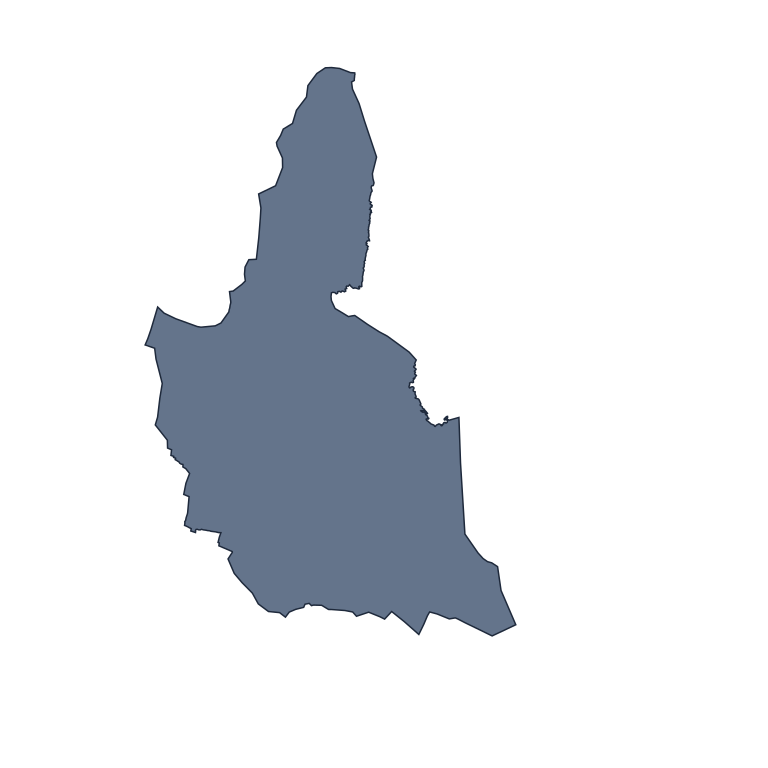 Kiyawa, Jigawa, Nigeria (Equal Earth projection), rotated 300°
{"feature_id": "59680162B95265909286240", "entity_name": "Kiyawa", "entity_type": "district", "adm_level": 2, "iso_a3": "NGA", "parent_name": "Nigeria", "parent_adm1": "Jigawa", "projection": "equal_earth", "projection_center": [9.668, 11.797], "detail": "fine", "context": "isolated", "style": "filled", "palette": "slate", "viewbox_px": 768, "rotation_deg": 300, "n_neighbors": 0, "source": "geoboundaries", "source_scale": "gbopen_adm2", "svg_char_len": 6159}
<svg xmlns="http://www.w3.org/2000/svg" viewBox="0 0 768 768"><g transform="rotate(300 384 384)"><path d="M392.5,465.6L385.2,458.5L385.2,456.0L385.4,455.6L385.9,455.9L387.0,455.8L387.7,455.2L387.3,454.7L386.7,454.3L385.2,454.1L384.7,453.7L383.9,453.6L383.3,453.9L383.1,454.4L383.4,454.9L384.1,455.1L384.4,455.6L383.9,457.3L383.2,457.7L382.4,457.9L381.9,457.7L381.4,457.4L381.1,456.8L381.3,456.1L381.0,455.7L380.4,455.2L379.7,455.1L379.2,455.5L378.1,454.8L377.6,455.2L377.0,455.1L376.5,454.5L376.6,454.0L377.2,453.7L377.1,452.3L376.9,451.5L374.6,449.9L372.9,449.6L372.7,449.0L373.4,447.8L372.9,444.7L373.4,442.7L373.5,441.7L373.7,440.9L373.8,439.1L374.6,438.1L375.1,438.4L375.5,439.5L375.8,439.9L376.4,440.1L376.7,440.0L376.8,439.8L376.7,438.9L376.8,438.7L377.7,437.9L378.0,437.4L378.2,437.0L378.3,435.6L378.4,435.3L379.2,434.4L379.4,434.3L379.6,434.5L379.5,435.2L379.8,436.1L380.0,436.4L380.3,436.4L381.2,434.1L381.5,433.1L381.2,432.8L380.1,433.2L379.6,432.9L379.5,432.3L379.0,431.9L378.9,431.2L379.0,430.0L379.2,429.2L379.5,429.3L380.1,431.0L381.3,431.8L382.1,431.9L382.3,431.7L382.2,429.8L382.4,429.4L382.9,429.1L383.3,428.6L383.5,427.6L383.6,426.1L384.1,425.7L384.8,426.0L385.2,425.9L387.8,422.4L388.1,421.6L388.2,421.0L387.7,419.5L387.4,418.4L387.5,418.0L387.9,417.8L388.7,418.3L389.3,418.0L390.8,416.0L391.7,415.4L392.8,415.0L392.9,414.7L392.5,413.8L392.5,413.2L392.7,412.8L393.5,412.2L394.0,412.1L394.6,412.3L395.2,412.1L395.7,411.8L396.0,411.2L396.0,410.5L395.8,409.9L394.9,408.9L394.3,408.6L393.7,408.5L393.4,408.1L393.5,407.7L394.1,407.0L396.9,406.3L397.5,405.7L397.9,405.8L399.2,406.7L399.3,407.8L400.0,408.6L400.4,408.6L401.3,407.7L401.8,407.4L403.1,407.6L403.4,406.7L403.7,406.7L403.9,407.4L404.3,407.7L404.6,407.8L405.0,407.5L407.6,407.8L407.9,406.6L407.9,405.8L408.5,405.3L409.7,405.4L410.0,405.2L410.0,404.5L410.2,404.0L410.6,403.9L412.5,404.5L412.9,404.3L413.1,403.8L413.5,401.3L413.9,401.0L414.6,401.0L415.3,401.8L416.3,401.5L417.1,400.3L420.9,399.9L424.2,389.8L427.1,363.0L426.8,353.6L427.4,340.0L428.7,324.4L426.8,322.0L424.6,319.5L424.8,312.3L424.9,303.9L430.0,296.7L433.2,294.4L436.7,292.9L437.8,293.8L438.6,295.7L438.2,297.6L439.3,298.4L440.9,297.9L441.9,299.0L442.0,300.8L443.6,301.2L443.9,302.2L444.1,303.7L445.4,304.4L446.7,302.9L448.0,304.0L449.1,302.7L450.2,302.8L450.8,304.1L452.8,304.6L452.1,306.4L451.5,309.4L451.8,310.1L452.6,310.5L453.3,312.9L453.5,314.3L454.2,315.1L454.9,314.8L455.2,313.7L455.6,313.5L456.0,313.6L456.4,313.8L456.6,314.2L456.5,314.9L456.8,315.6L457.4,316.0L460.7,314.0L461.2,313.9L461.7,314.0L462.9,313.7L465.2,312.4L466.3,311.6L467.7,311.3L470.8,310.0L472.1,310.0L472.8,309.6L473.8,308.2L474.2,308.0L474.8,308.2L475.7,308.1L476.4,307.9L477.0,307.2L478.1,306.9L478.7,307.0L479.9,305.7L480.9,305.7L481.3,305.6L481.8,306.0L482.1,305.8L482.3,305.5L482.6,305.3L484.1,304.7L486.3,304.1L487.7,303.2L489.7,302.9L491.6,302.3L492.5,302.6L494.0,301.4L495.1,301.6L495.5,300.3L495.4,299.4L495.6,299.1L496.1,298.8L496.7,299.1L497.0,299.1L497.0,298.2L497.3,297.9L497.6,298.1L499.1,297.8L499.5,298.2L499.8,298.2L500.5,298.7L500.7,299.2L500.6,299.4L500.6,299.7L500.8,299.9L501.6,299.2L501.9,298.7L502.7,297.9L503.1,297.2L503.5,297.0L504.4,297.1L506.5,295.8L507.4,294.8L507.7,294.9L508.5,294.3L509.0,294.3L509.3,294.1L509.5,293.2L510.2,293.2L511.6,292.6L512.1,292.3L512.2,292.1L512.7,292.2L514.0,291.7L514.5,291.4L516.0,291.3L517.0,290.5L517.4,290.7L518.2,290.2L518.3,290.1L518.3,289.5L518.8,289.7L519.3,289.1L520.0,289.3L520.7,289.1L520.9,288.7L521.8,288.0L523.3,287.5L523.8,286.9L524.2,287.3L524.7,287.3L524.9,287.0L525.7,286.6L526.2,286.7L526.2,287.3L526.4,287.4L526.7,286.8L527.0,286.7L527.1,286.2L527.6,286.4L527.9,286.1L528.0,285.8L528.1,285.1L528.0,284.6L528.1,284.3L528.4,284.4L528.4,284.9L528.6,284.9L528.9,284.4L530.2,284.0L530.4,284.3L530.9,284.6L531.2,285.0L531.4,285.0L531.6,284.4L531.8,284.3L532.1,284.2L532.6,284.5L532.8,284.3L532.9,283.9L532.8,282.4L533.5,281.8L534.9,282.1L535.0,281.8L535.0,280.5L535.1,280.1L535.3,279.6L535.7,279.4L536.9,279.1L539.7,278.0L541.2,277.8L542.1,277.4L543.6,277.0L544.7,277.3L545.1,277.2L545.6,276.9L547.4,274.9L548.7,274.3L549.5,274.3L550.3,275.3L550.9,275.4L553.2,274.8L556.6,271.5L560.3,268.8L576.8,264.1L602.0,235.6L614.4,222.2L623.6,209.3L629.3,204.9L632.0,206.5L633.7,205.6L635.2,205.0L636.5,204.3L637.4,204.1L638.8,203.1L636.9,199.2L635.1,187.8L631.8,180.3L628.5,175.1L619.3,170.6L604.4,168.9L593.7,173.4L577.3,171.3L563.9,174.5L554.4,169.3L547.6,170.2L539.4,170.1L536.5,172.5L529.0,183.0L520.7,188.0L501.5,191.0L485.9,180.4L474.9,189.4L465.9,193.9L448.3,202.3L428.2,211.1L424.1,204.8L415.8,205.2L409.3,208.3L403.9,212.4L399.2,211.1L389.1,206.9L386.8,204.0L378.7,210.1L377.7,210.7L375.2,211.4L372.7,212.4L370.9,212.8L368.8,213.6L355.3,212.3L350.0,208.8L341.7,197.1L340.4,193.6L336.4,171.1L335.4,158.2L337.5,149.5L314.9,154.9L305.1,156.8L298.4,157.6L300.3,167.5L291.6,174.1L273.6,191.7L259.8,196.9L242.1,204.5L234.2,206.4L227.0,224.5L220.3,228.6L220.8,232.9L215.6,235.2L216.2,238.1L215.2,238.5L215.5,240.6L214.1,241.0L214.1,243.1L214.0,244.2L214.0,245.5L213.3,246.6L213.2,248.3L213.8,250.1L212.5,250.9L211.6,251.3L211.6,254.6L209.3,260.4L199.0,262.1L188.2,265.8L189.0,271.5L174.6,278.2L173.2,278.7L169.3,279.5L166.7,280.4L165.2,280.3L164.0,281.1L161.8,282.0L162.1,283.9L162.3,289.4L160.1,290.2L161.1,295.0L162.3,294.5L162.9,293.9L164.1,294.0L164.8,294.9L165.0,296.3L165.7,297.7L166.9,298.6L167.4,300.6L168.4,303.0L168.8,304.4L169.7,306.3L169.9,307.7L171.8,312.2L172.5,314.8L173.7,317.1L168.9,318.0L163.8,319.5L164.0,320.8L161.3,321.9L163.0,336.3L162.4,336.8L154.5,336.4L145.1,349.0L141.0,360.4L137.1,374.5L130.7,385.1L129.2,397.7L133.8,407.9L132.8,415.2L139.1,416.0L144.7,420.2L150.4,426.1L153.8,425.7L156.6,428.9L155.8,432.0L157.3,433.5L161.2,440.7L161.0,448.7L162.5,451.4L168.3,463.4L170.9,470.9L169.1,476.3L178.7,484.8L180.4,496.9L180.7,502.1L190.8,504.4L188.4,520.1L184.5,539.4L195.9,538.6L204.9,537.5L209.4,537.5L211.4,545.0L213.2,558.0L217.1,562.7L217.4,565.3L217.8,573.7L219.9,603.6L241.4,618.5L263.7,588.6L282.6,573.7L283.0,566.7L281.9,562.5L282.4,557.0L284.7,549.9L294.5,529.1L353.8,489.8L392.5,465.6Z" fill="#64748b" stroke="#1e293b" stroke-width="1.5"/></g></svg>